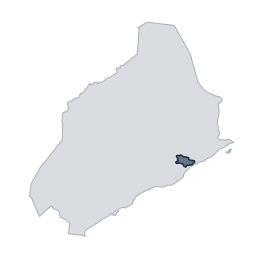 Saudi Arabia, with Al Bahah highlighted, rotated 265°
{"feature_id": "SAU-885", "entity_name": "Al Bahah", "entity_type": "Region", "adm_level": 1, "iso_a3": "SAU", "parent_name": "Saudi Arabia", "parent_adm1": "", "projection": "equal_earth", "projection_center": [41.371, 20.064], "detail": "fine", "context": "in_parent", "style": "filled", "palette": "slate", "viewbox_px": 256, "rotation_deg": 265, "n_neighbors": 0, "source": "natural_earth", "source_scale": "10m", "svg_char_len": 4715}
<svg xmlns="http://www.w3.org/2000/svg" viewBox="0 0 256 256"><g transform="rotate(265 128 128)"><path d="M196.4,196.4L168.5,201.5L167.0,202.0L158.3,207.8L152.5,217.4L151.1,221.9L150.4,222.6L149.2,223.5L148.1,224.2L146.4,224.1L144.4,220.6L143.9,219.8L143.4,219.8L139.7,220.3L131.9,219.4L130.6,219.1L128.8,217.9L128.4,217.7L127.9,217.7L123.9,217.6L121.9,218.0L119.9,217.8L117.9,218.0L117.2,218.5L116.4,218.5L116.0,218.9L115.5,219.0L115.0,218.7L114.4,218.8L113.5,218.5L112.9,217.7L112.3,217.1L111.7,216.7L111.0,216.5L110.5,216.5L109.8,216.9L109.3,217.3L108.2,218.6L108.2,219.0L108.7,219.8L108.5,220.2L107.9,220.7L107.7,221.9L107.6,222.6L107.5,224.2L107.8,225.5L108.2,226.0L108.2,226.6L108.0,227.7L107.4,228.0L106.9,229.1L106.6,229.6L106.2,230.1L104.3,232.0L104.2,230.9L103.6,229.3L103.5,228.2L103.3,227.0L102.7,226.1L101.8,225.2L101.7,224.0L101.0,222.8L100.1,221.8L99.5,220.0L99.1,217.6L96.7,214.4L93.7,211.4L92.7,209.8L91.2,206.4L90.5,203.8L88.4,200.7L88.3,199.6L88.0,198.1L87.6,196.5L87.3,195.3L85.2,189.8L84.6,188.9L84.0,187.7L83.9,186.7L83.7,186.2L82.3,185.3L80.9,183.0L76.9,179.4L75.0,179.0L73.4,177.7L72.3,176.0L71.1,173.0L68.9,169.9L67.1,165.3L67.7,163.7L67.7,162.6L67.1,160.6L66.5,159.1L66.1,157.7L66.5,155.7L66.6,153.4L67.0,152.2L67.2,150.9L66.9,148.2L66.3,146.8L66.4,145.9L65.7,145.4L65.2,144.4L65.7,144.4L64.7,143.0L64.3,142.2L63.9,140.2L63.4,138.7L61.8,135.4L61.1,133.4L59.4,130.7L57.5,128.8L56.3,127.9L55.8,127.1L54.8,127.1L53.7,125.9L53.0,125.9L52.0,125.7L51.0,123.5L50.1,121.4L48.5,118.7L48.9,118.0L49.4,116.9L49.2,115.4L49.0,114.3L48.3,112.5L46.1,107.9L45.5,107.2L44.6,106.4L44.0,104.4L43.8,102.7L42.3,101.8L39.7,95.4L38.2,93.1L37.6,91.6L35.9,89.2L35.1,86.7L33.4,84.4L31.9,80.5L29.6,76.6L28.6,75.9L26.2,75.6L25.2,75.3L24.2,76.2L24.2,75.1L24.8,73.6L25.8,70.5L26.1,67.7L27.7,59.5L38.0,61.6L38.5,61.5L42.5,57.7L44.8,53.3L45.3,52.9L52.2,51.2L52.4,51.0L53.8,47.2L54.0,46.9L54.2,46.7L57.2,44.8L52.5,38.3L47.6,32.1L66.8,25.7L67.2,25.5L68.6,24.0L77.0,25.7L80.3,26.4L81.3,27.0L96.6,37.3L104.1,44.8L122.0,61.5L138.1,63.3L139.8,62.8L144.2,63.5L148.6,64.2L149.5,66.2L149.8,67.6L150.1,68.9L151.0,70.1L154.7,70.1L158.5,70.0L159.1,71.2L159.3,72.4L160.4,75.3L161.9,77.6L162.2,78.4L162.5,79.6L162.3,80.1L162.2,80.6L163.3,81.9L165.1,82.9L165.8,83.2L166.5,83.6L166.0,84.4L167.0,86.0L168.3,87.7L169.6,88.1L171.4,90.7L174.1,92.3L175.7,94.5L175.1,94.3L174.5,94.0L174.3,94.3L174.4,95.2L174.6,96.3L175.4,97.2L176.2,97.9L176.5,99.1L176.0,101.9L175.8,101.8L175.4,101.6L175.0,101.6L174.8,101.7L175.3,103.7L175.8,105.2L176.4,106.4L177.0,108.1L177.4,108.9L179.2,110.7L179.7,112.3L180.3,115.2L181.4,116.8L182.0,118.0L182.8,119.1L183.4,120.6L184.1,121.7L184.5,121.9L185.0,122.1L185.7,122.1L186.6,121.8L187.4,121.5L188.2,122.1L188.9,122.0L189.0,122.5L188.5,123.2L188.0,125.0L188.8,125.3L189.6,125.5L190.2,125.8L190.5,125.8L190.5,126.1L190.6,127.8L190.8,128.5L200.8,143.7L226.2,147.8L226.4,147.8L227.0,146.7L231.8,156.1L226.1,183.0L196.4,196.4ZM96.1,227.3L96.9,227.4L96.5,227.0L96.5,226.7L96.8,226.1L97.9,227.4L97.9,228.9L97.8,229.3L97.5,229.0L97.3,228.6L97.2,228.3L96.9,227.9L95.8,228.2L95.2,227.7L94.2,226.5L93.9,225.5L94.3,225.4L94.8,224.9L95.0,224.2L94.8,223.4L95.4,223.5L95.7,224.3L95.7,226.1L95.8,226.5L95.7,226.9L96.1,227.3ZM45.9,111.3L45.6,111.3L45.0,110.4L44.6,109.7L44.2,109.3L42.3,108.4L42.0,107.8L42.3,107.3L42.5,107.8L42.9,108.2L44.4,109.0L46.1,110.7L46.4,110.9L45.9,111.3ZM42.9,106.9L42.8,107.1L42.4,106.7L42.5,105.6L42.8,105.1L42.8,105.9L42.9,106.7L42.9,106.9Z" fill="#d9dde1" stroke="#a8b0b8" stroke-width="1"/><path d="M96.4,174.5L96.0,176.6L96.0,176.9L96.1,177.3L96.3,177.7L96.4,177.9L96.5,178.2L96.4,178.6L96.2,179.0L94.8,180.3L94.6,180.5L94.4,180.9L94.3,181.3L94.3,182.2L94.1,182.9L93.1,185.7L92.8,185.8L92.5,185.9L91.6,185.9L91.4,185.9L91.2,186.0L91.0,186.3L90.7,186.9L90.1,189.1L89.8,190.5L89.7,190.8L89.6,191.0L89.4,191.2L89.2,191.3L88.8,191.5L88.5,191.5L88.3,191.4L88.0,191.3L87.8,191.0L87.2,190.0L87.0,189.7L86.2,189.2L85.9,188.8L85.8,188.6L85.8,188.3L85.8,188.0L85.8,186.9L85.8,186.7L85.6,185.8L85.6,185.5L85.7,184.1L85.7,183.8L85.6,183.5L85.5,183.3L85.4,183.1L85.3,182.9L84.5,182.6L84.3,182.5L84.2,182.3L84.1,182.1L84.1,181.8L84.3,181.5L85.0,180.5L85.3,180.3L85.5,180.2L85.8,180.0L86.8,179.9L87.0,179.8L87.3,179.6L87.5,179.4L87.6,179.1L87.9,178.2L88.6,176.6L88.7,176.3L88.7,176.1L88.7,175.7L88.5,174.9L88.4,174.4L88.4,174.1L88.4,173.8L88.5,173.6L88.5,173.4L88.6,173.2L88.8,173.0L89.0,172.8L89.2,172.7L89.4,172.7L89.7,172.7L90.0,172.9L90.2,173.1L90.4,173.4L90.7,174.5L90.8,174.8L90.9,175.0L91.1,175.2L91.4,175.2L91.7,175.1L92.2,174.9L92.5,174.8L92.8,174.7L93.9,174.7L94.1,174.6L94.3,174.5L95.2,173.9L95.4,173.8L95.7,173.8L95.9,173.9L96.4,174.5Z" fill="#64748b" stroke="#1e293b" stroke-width="1.5"/></g></svg>